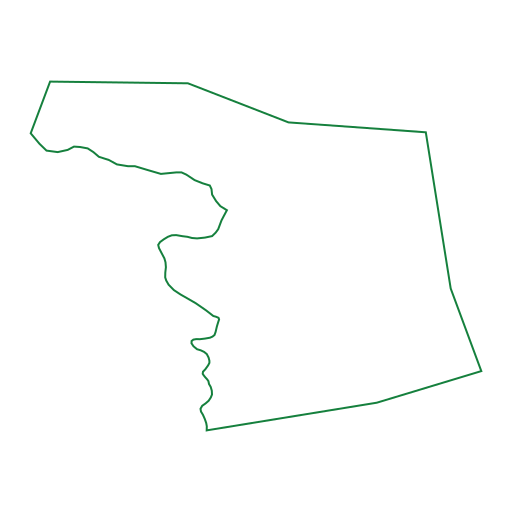 outline of Su'xbaatar, Selenge, Mongolia
{"feature_id": "93677404B24748843870078", "entity_name": "Su'xbaatar", "entity_type": "district", "adm_level": 2, "iso_a3": "MNG", "parent_name": "Mongolia", "parent_adm1": "Selenge", "projection": "equal_earth", "projection_center": [106.187, 50.218], "detail": "fine", "context": "isolated", "style": "outline", "palette": "green", "viewbox_px": 512, "rotation_deg": 0, "n_neighbors": 0, "source": "geoboundaries", "source_scale": "gbopen_adm2", "svg_char_len": 1457}
<svg xmlns="http://www.w3.org/2000/svg" viewBox="0 0 512 512"><path d="M30.7,133.3L39.4,143.7L46.5,150.6L57.7,152.1L67.7,149.9L74.0,146.6L80.0,147.0L87.7,148.4L93.4,152.1L98.9,156.8L108.9,160.0L116.9,164.4L128.0,166.2L134.9,166.2L147.2,169.9L160.9,173.9L176.3,172.4L181.5,172.4L186.3,174.6L194.6,180.1L202.6,183.3L209.8,185.5L211.5,189.1L212.1,194.6L216.1,201.1L220.4,206.2L226.9,210.2L223.8,216.0L221.5,220.4L218.2,229.2L215.6,232.7L212.1,236.1L204.9,237.6L197.1,238.4L192.0,238.0L187.4,236.8L182.5,236.2L176.2,235.1L171.8,235.3L167.9,236.8L163.8,239.3L160.0,242.1L158.2,244.9L159.0,248.1L161.6,253.1L164.4,258.4L165.5,262.3L165.9,267.2L165.3,272.6L165.2,277.4L166.2,280.5L168.6,284.7L173.9,290.1L180.4,294.4L195.7,303.2L206.1,310.4L213.3,316.0L215.9,316.7L218.5,317.8L219.1,319.4L218.3,321.8L216.9,326.4L215.6,331.9L214.5,335.0L212.5,336.6L210.0,337.7L204.9,338.6L199.8,339.2L196.3,339.1L193.4,339.6L191.6,341.0L191.5,343.3L193.5,346.3L197.0,349.2L200.7,350.3L204.1,351.9L206.8,354.1L208.6,357.6L209.4,360.8L209.4,362.9L208.1,365.4L205.3,369.3L203.0,371.7L202.7,373.8L203.6,375.2L205.1,377.1L207.1,379.3L208.4,381.1L209.0,384.0L210.7,386.9L211.8,390.7L212.0,394.5L210.8,397.5L208.6,400.8L205.6,403.4L202.2,405.8L200.5,408.8L201.0,411.6L202.9,414.7L204.8,419.0L206.2,423.0L206.8,426.3L206.7,430.4L207.7,430.2L376.8,402.7L481.3,371.1L450.7,288.5L425.8,132.3L288.5,122.4L187.9,83.3L50.1,81.6L30.7,133.3Z" fill="none" stroke="#15803d" stroke-width="2"/></svg>